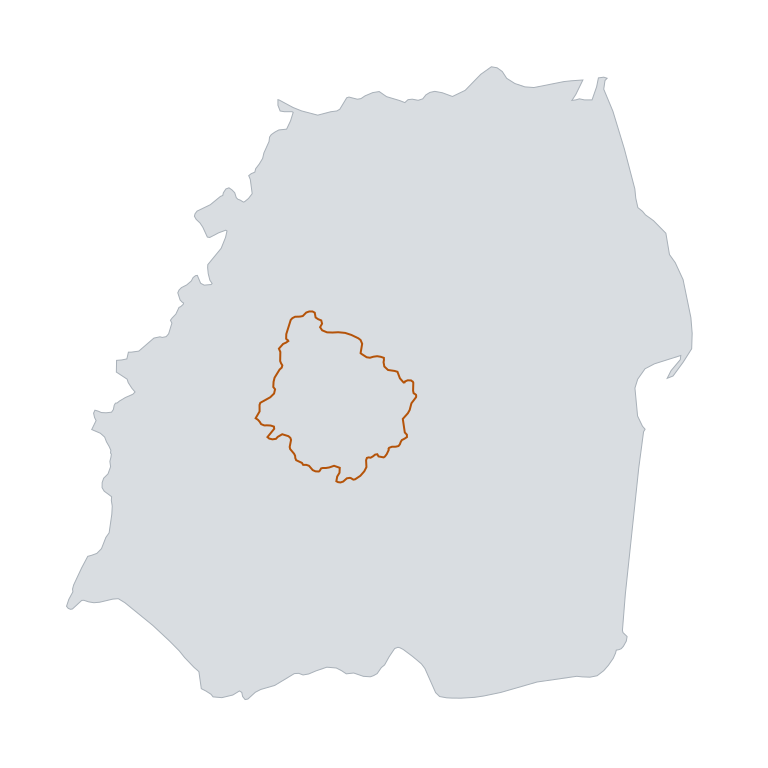 Łódź highlighted on a map of Poland, rotated 93°
{"feature_id": "POL-3147", "entity_name": "Łódź", "entity_type": "Voivodeship", "adm_level": 1, "iso_a3": "POL", "parent_name": "Poland", "parent_adm1": "", "projection": "mercator", "projection_center": [19.498, 51.569], "detail": "fine", "context": "in_parent", "style": "outline", "palette": "amber", "viewbox_px": 768, "rotation_deg": 93, "n_neighbors": 0, "source": "natural_earth", "source_scale": "10m", "svg_char_len": 5662}
<svg xmlns="http://www.w3.org/2000/svg" viewBox="0 0 768 768"><g transform="rotate(93 384 384)"><path d="M674.0,436.8L677.5,444.0L678.8,449.6L677.4,454.0L677.9,458.4L690.7,477.3L695.5,491.1L698.6,496.4L705.7,503.4L706.4,506.2L703.5,508.8L699.4,509.9L698.1,512.3L702.5,518.7L705.7,529.5L705.4,538.3L702.9,540.5L699.9,545.8L697.8,550.5L680.9,553.8L676.9,558.9L667.6,568.8L661.3,574.4L652.0,584.6L637.3,602.1L615.9,631.4L612.3,638.1L613.0,643.6L616.8,656.5L617.6,662.3L617.0,667.6L615.7,672.4L615.9,674.5L625.0,683.4L625.4,685.3L624.6,687.6L622.6,689.4L615.6,687.5L607.8,683.8L605.1,684.3L600.9,683.4L583.4,676.3L571.6,670.8L570.4,667.1L568.2,661.9L563.2,657.5L551.7,653.7L547.0,650.7L528.3,649.0L520.2,649.0L514.5,650.2L510.8,650.1L505.7,657.8L502.3,660.1L497.2,660.3L492.7,659.0L488.2,654.9L480.9,652.7L475.6,653.7L471.7,652.9L468.4,652.6L467.2,653.5L464.5,653.3L460.6,655.3L456.3,658.1L451.6,660.2L448.0,664.7L444.8,673.5L435.6,669.6L432.6,671.3L428.3,672.5L425.3,671.3L426.0,668.2L427.3,664.8L427.3,660.0L426.4,654.6L423.6,652.9L419.3,652.3L417.2,651.2L416.9,649.5L414.8,647.2L411.0,641.5L407.4,634.3L405.0,632.2L401.4,635.6L396.0,639.5L392.6,640.8L386.1,651.9L374.4,652.3L373.7,647.1L372.4,642.1L365.6,640.9L365.4,637.9L364.0,630.6L350.2,616.2L348.6,610.2L349.1,607.9L348.1,604.0L345.2,601.7L334.3,599.0L331.5,600.6L329.0,598.9L325.1,595.5L318.2,592.7L317.5,591.2L315.0,588.7L313.6,588.4L312.8,589.9L310.8,592.0L303.7,594.7L300.9,593.6L298.3,591.3L295.4,586.2L291.2,581.8L287.7,580.2L285.7,577.9L285.3,576.1L293.0,572.4L294.7,568.7L293.7,561.8L292.6,560.9L289.5,563.3L283.0,565.3L277.1,566.2L274.0,566.2L257.0,553.7L245.9,549.9L239.4,548.8L238.7,550.1L241.7,557.1L246.8,565.7L246.5,568.1L237.0,573.1L232.9,576.1L229.4,580.2L226.4,582.1L223.9,581.6L221.1,579.7L214.1,566.9L205.2,557.1L204.2,554.9L201.4,554.4L197.5,552.1L196.2,549.1L198.1,546.0L200.8,543.1L205.6,541.3L207.1,539.7L207.9,537.2L209.7,533.9L209.2,532.7L205.8,529.0L200.8,525.6L186.8,528.2L183.0,530.0L180.9,527.6L179.2,524.1L175.7,523.4L170.9,520.1L165.1,517.0L159.5,516.0L147.9,511.5L143.4,511.2L140.8,509.6L138.1,506.1L135.8,502.3L134.6,494.6L126.1,491.1L117.5,488.9L116.9,490.0L117.3,497.8L116.8,502.0L111.2,504.5L105.6,504.8L105.9,503.5L112.6,489.4L115.6,480.6L119.0,464.3L114.9,451.4L113.8,445.4L111.9,442.5L100.1,436.2L99.3,434.0L101.0,425.5L100.2,421.9L97.3,418.1L93.6,410.5L92.2,404.1L96.9,396.5L100.1,383.3L101.9,377.9L98.8,374.9L98.1,370.7L98.9,364.7L97.2,360.2L93.1,357.3L90.4,353.4L89.1,348.6L90.1,341.0L93.3,330.7L86.5,318.3L69.7,303.6L61.6,293.4L62.3,287.6L65.8,282.2L72.3,277.5L77.1,269.0L79.9,258.9L80.1,249.8L72.6,220.2L71.4,212.8L70.0,201.3L84.8,207.6L91.0,211.2L90.2,207.2L89.0,203.8L89.8,198.7L89.4,191.1L76.0,187.2L67.1,185.9L66.1,180.6L67.0,177.2L69.4,179.2L78.1,180.0L99.6,169.7L136.6,156.3L176.1,143.7L185.3,142.3L194.6,139.7L198.0,134.9L201.4,131.8L206.8,123.4L218.7,110.4L239.8,105.7L247.6,99.5L264.1,90.8L301.7,81.0L317.3,78.9L332.7,78.6L346.4,86.3L360.9,95.8L363.5,101.5L355.6,98.0L344.2,89.4L340.0,89.1L349.7,115.0L355.1,124.1L365.9,130.9L374.9,133.2L402.7,129.1L412.6,123.7L415.5,120.9L418.1,122.3L454.5,125.2L581.2,132.0L617.6,133.0L619.8,132.3L623.5,128.0L628.1,128.6L633.4,131.2L635.9,133.2L637.0,135.5L637.6,138.1L640.6,138.7L645.9,140.7L653.2,145.2L658.8,149.6L664.2,155.9L666.0,163.0L666.1,171.0L665.8,176.2L673.6,215.6L685.9,251.2L690.4,268.3L692.2,277.4L693.7,290.6L694.1,299.8L694.1,305.0L693.2,312.1L689.5,316.3L665.9,328.3L661.5,332.0L654.5,341.3L648.1,350.9L646.6,354.2L646.2,356.3L647.6,359.5L656.1,364.6L664.5,368.7L667.3,371.8L673.6,375.7L675.8,379.2L677.1,382.3L677.0,389.3L674.2,399.1L675.4,406.5L672.5,411.4L670.1,416.8L669.8,426.3L674.0,436.8Z" fill="#d9dde1" stroke="#a8b0b8" stroke-width="1"/><path d="M395.5,351.3L401.8,355.6L408.6,357.0L411.9,358.6L417.9,363.4L431.3,360.7L433.4,358.5L435.8,358.3L437.5,360.6L439.1,363.3L441.1,364.3L443.4,365.0L445.2,366.3L446.0,369.0L446.2,372.7L447.5,375.6L448.5,376.1L449.5,375.8L453.9,377.6L456.4,379.3L457.3,380.5L456.6,385.7L454.5,387.0L455.0,389.2L456.8,391.2L458.3,393.5L458.1,395.5L458.7,397.2L461.0,397.9L467.9,397.2L472.2,399.1L476.9,402.8L480.7,407.9L481.1,409.6L480.5,410.8L479.9,411.7L479.5,413.1L480.1,416.1L483.6,419.7L484.6,422.3L484.4,424.8L483.6,426.5L478.9,425.9L475.0,423.8L470.0,423.8L468.3,429.6L470.2,434.3L470.9,437.5L471.1,440.8L471.6,442.4L474.0,443.6L474.8,444.5L474.8,447.9L473.7,450.7L469.6,454.6L468.8,457.4L469.0,460.5L467.1,461.8L464.7,467.7L462.6,468.7L460.4,469.0L458.4,470.1L453.9,474.3L451.8,474.9L444.7,473.9L442.7,474.7L441.1,476.7L439.5,483.0L442.4,487.4L444.4,489.0L445.1,492.5L444.5,495.8L443.1,497.6L434.5,491.3L432.3,491.7L431.4,495.0L431.4,498.3L431.6,501.5L430.5,504.6L428.3,506.1L426.4,507.9L424.9,510.4L417.9,506.8L411.4,507.2L409.2,506.5L403.2,496.9L399.3,493.3L395.0,492.5L392.8,494.4L387.6,494.4L383.4,493.6L375.0,489.0L373.0,487.0L370.7,486.5L368.7,487.9L366.5,488.9L357.4,489.2L354.2,490.8L349.3,486.9L347.8,484.0L346.1,481.8L345.3,482.3L344.7,483.3L343.9,484.1L339.3,484.2L324.9,480.5L323.0,478.9L321.5,476.3L321.1,471.5L320.4,468.7L316.7,465.4L315.5,462.5L315.3,459.2L316.4,456.9L321.1,455.8L322.7,453.2L323.8,450.0L327.0,449.0L330.6,450.8L333.6,448.6L335.4,443.6L335.3,438.1L334.7,432.4L335.0,425.5L336.7,419.2L339.7,412.0L341.3,409.7L345.0,407.9L354.4,409.0L355.1,408.1L358.2,402.7L358.5,399.4L357.3,396.0L356.6,392.3L357.0,388.7L357.9,385.5L360.0,385.3L362.2,385.6L366.5,384.6L369.8,380.7L370.4,374.1L371.1,371.2L377.5,368.4L381.5,364.5L381.3,363.5L380.4,363.2L379.1,360.6L379.0,357.2L379.6,356.4L380.1,355.4L381.2,354.8L389.2,354.6L391.7,353.9L392.3,352.7L393.1,351.5L394.3,351.2L395.5,351.3Z" fill="none" stroke="#b45309" stroke-width="2"/></g></svg>